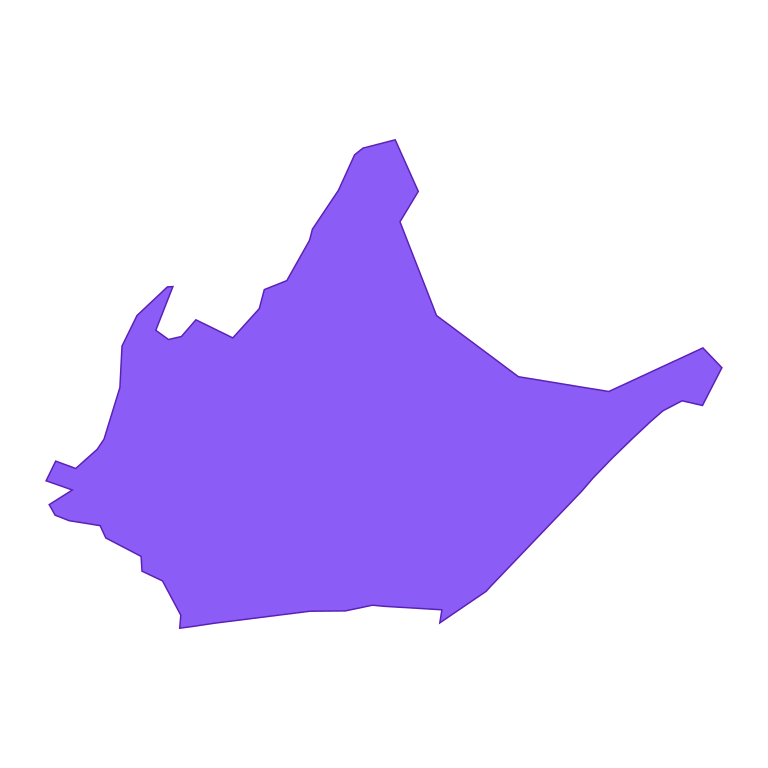 the district of Cataño, Puerto Rico
{"feature_id": "32010507B33074408407079", "entity_name": "Cataño", "entity_type": "district", "adm_level": 2, "iso_a3": "PRI", "parent_name": "Puerto Rico", "parent_adm1": "", "projection": "orthographic", "projection_center": [-66.144, 18.442], "detail": "fine", "context": "isolated", "style": "filled", "palette": "violet", "viewbox_px": 768, "rotation_deg": 0, "n_neighbors": 0, "source": "geoboundaries", "source_scale": "gbopen_adm2", "svg_char_len": 976}
<svg xmlns="http://www.w3.org/2000/svg" viewBox="0 0 768 768"><path d="M702.5,405.5L704.2,402.1L721.9,367.7L721.3,367.1L702.9,347.9L608.8,391.5L579.2,386.7L518.4,376.7L436.5,315.5L425.8,287.9L409.9,247.3L400.0,221.8L401.0,220.1L413.9,198.7L418.3,191.4L395.2,139.8L363.0,148.1L354.6,154.8L338.5,190.2L312.4,229.2L310.1,238.2L309.3,240.7L286.8,280.6L264.3,289.6L259.3,308.6L232.8,337.9L195.9,319.8L181.4,336.5L168.5,339.5L155.8,330.3L172.9,286.6L167.4,286.9L137.0,315.5L122.0,346.1L119.9,387.5L104.0,439.2L97.2,449.3L75.7,468.5L55.7,461.1L46.1,480.8L72.3,490.0L49.2,504.6L55.1,515.2L69.2,520.7L100.4,525.7L100.4,526.3L105.8,538.0L141.1,556.4L142.0,571.2L162.5,580.9L180.8,615.2L179.7,628.2L192.6,626.5L214.6,623.2L310.0,611.2L345.4,610.9L372.5,605.2L384.0,606.3L441.9,609.8L439.8,622.9L486.3,591.2L490.5,586.5L581.7,491.2L592.8,478.3L612.4,458.0L632.4,438.6L650.0,422.1L661.8,411.8L663.5,410.5L682.1,400.8L702.5,405.5Z" fill="#8b5cf6" stroke="#5b21b6" stroke-width="1.5"/></svg>